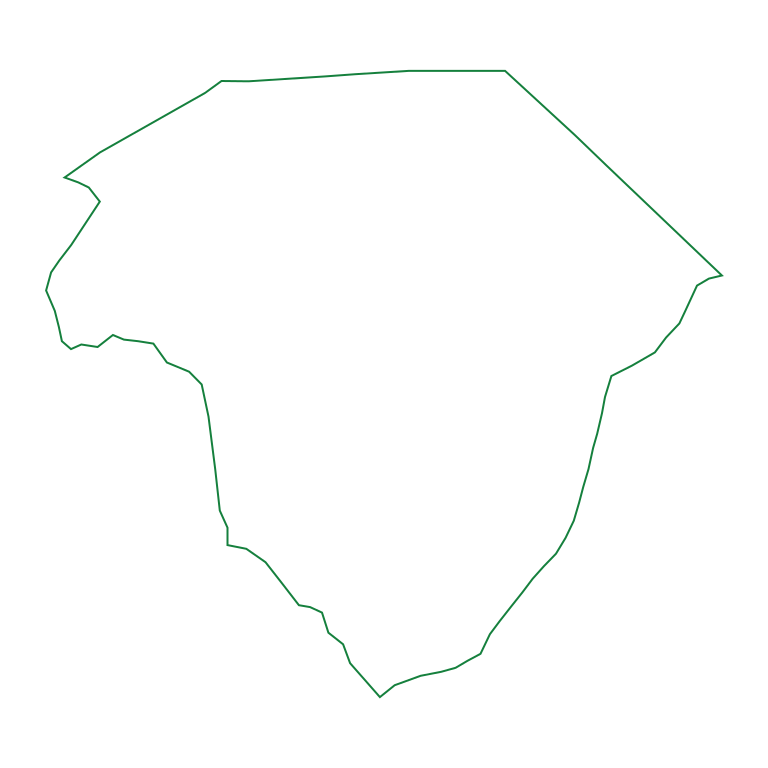 outline of Sombrio, Santa Catarina, Brazil
{"feature_id": "56859067B58292211876940", "entity_name": "Sombrio", "entity_type": "district", "adm_level": 2, "iso_a3": "BRA", "parent_name": "Brazil", "parent_adm1": "Santa Catarina", "projection": "equal_earth", "projection_center": [-49.662, -29.081], "detail": "fine", "context": "isolated", "style": "outline", "palette": "green", "viewbox_px": 768, "rotation_deg": 0, "n_neighbors": 0, "source": "geoboundaries", "source_scale": "gbopen_adm2", "svg_char_len": 1052}
<svg xmlns="http://www.w3.org/2000/svg" viewBox="0 0 768 768"><path d="M505.1,70.9L471.6,70.9L408.3,70.9L355.4,74.2L325.4,76.4L248.5,81.3L221.5,81.0L205.1,92.9L100.0,152.4L64.6,177.5L78.3,182.4L88.8,187.5L99.8,201.6L71.2,245.0L59.3,260.5L51.1,272.4L46.1,290.5L54.8,310.9L58.9,327.1L61.9,341.2L71.0,349.1L81.3,344.5L97.6,347.0L112.9,335.0L123.9,339.6L138.1,341.2L153.4,343.6L166.9,362.5L189.1,371.7L201.7,384.5L208.5,416.6L215.2,469.1L219.8,510.6L227.5,527.7L227.5,545.1L246.3,548.8L265.5,562.2L282.0,583.3L298.9,605.2L310.1,607.1L322.0,612.6L328.4,632.7L343.1,644.3L350.1,663.2L379.9,697.1L394.7,685.2L420.6,675.8L441.2,671.8L455.6,667.8L467.5,660.8L480.5,653.8L489.9,634.2L499.7,621.1L511.4,606.2L522.6,592.1L532.7,578.7L543.9,566.2L556.0,553.7L565.6,537.8L573.8,520.7L579.1,502.7L583.2,487.1L588.5,469.1L593.1,448.0L597.2,433.7L602.0,413.2L605.0,397.0L611.4,376.0L632.0,365.6L654.9,352.4L666.1,337.5L679.4,323.4L685.3,310.9L697.0,285.6L708.9,278.6L721.9,275.5L606.6,165.6L575.1,135.3L505.1,70.9Z" fill="none" stroke="#15803d" stroke-width="2"/></svg>